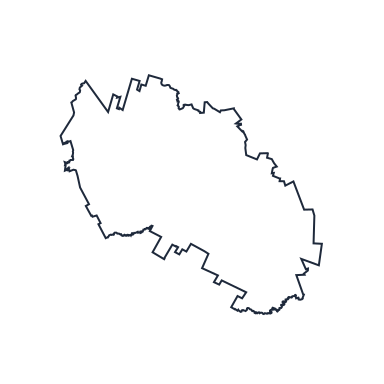 the district of General Terán, Nuevo León, Mexico, rotated 21°
{"feature_id": "50627088B34198183726850", "entity_name": "General Terán", "entity_type": "district", "adm_level": 2, "iso_a3": "MEX", "parent_name": "Mexico", "parent_adm1": "Nuevo León", "projection": "mercator", "projection_center": [-99.219, 25.27], "detail": "fine", "context": "isolated", "style": "outline", "palette": "slate", "viewbox_px": 384, "rotation_deg": 21, "n_neighbors": 0, "source": "geoboundaries", "source_scale": "gbopen_adm2", "svg_char_len": 6058}
<svg xmlns="http://www.w3.org/2000/svg" viewBox="0 0 384 384"><g transform="rotate(21 192 192)"><path d="M189.5,107.5L182.9,106.3L181.4,106.4L175.6,103.6L173.9,102.6L171.7,103.7L174.6,113.7L171.3,115.3L170.9,114.2L169.2,114.3L168.8,113.5L164.4,113.7L163.1,113.4L160.2,110.4L157.8,112.1L156.1,112.6L154.6,112.8L154.3,113.2L153.6,113.2L153.2,113.5L153.0,113.9L153.8,114.5L153.5,116.6L153.3,117.1L152.4,118.0L151.1,119.2L150.9,119.1L150.6,119.3L149.4,118.5L149.3,117.3L149.0,116.9L147.8,116.5L147.5,116.3L147.7,115.7L147.2,113.6L147.4,112.8L147.1,112.1L146.6,111.9L146.0,112.3L145.9,111.5L145.3,111.5L145.3,111.2L144.9,111.0L145.5,109.7L144.8,109.0L144.0,108.6L143.2,107.1L143.4,105.9L143.0,105.4L143.7,105.0L144.1,104.6L143.7,104.3L143.6,103.7L141.5,102.9L141.3,102.6L140.5,102.4L140.2,102.7L139.2,102.8L138.4,102.8L137.5,102.4L134.6,102.5L133.0,100.9L132.4,100.5L131.6,100.6L130.3,101.1L129.3,102.0L128.2,102.6L127.0,102.8L125.9,102.7L124.8,102.0L124.3,101.3L124.0,100.5L124.1,99.8L123.7,97.5L121.5,97.5L109.9,98.5L110.7,109.4L106.2,109.8L106.8,116.6L104.0,116.1L103.3,107.1L95.3,107.8L97.9,140.3L94.0,139.4L94.1,140.8L91.9,140.8L91.0,128.8L88.2,130.8L88.1,129.6L83.5,129.1L85.0,147.4L52.9,126.4L52.4,128.9L52.0,129.4L51.0,129.9L50.6,130.4L50.2,130.6L50.1,131.4L50.0,131.6L50.4,132.0L51.2,132.2L49.9,134.6L49.9,135.2L50.2,136.6L51.1,137.1L51.5,138.9L51.3,139.5L50.4,140.6L49.6,142.1L48.8,143.1L48.7,143.6L50.1,145.9L50.3,147.1L48.1,149.9L47.7,151.3L47.3,151.7L53.4,160.0L53.9,163.0L49.2,186.8L54.5,193.7L55.4,192.9L54.9,192.3L55.9,191.4L56.4,192.2L58.0,191.1L57.0,189.8L57.7,189.2L58.2,189.8L60.3,188.0L66.1,195.5L66.2,196.8L66.9,197.9L67.3,199.5L67.3,201.6L68.0,201.4L68.6,202.9L69.4,203.8L69.4,204.7L67.0,205.7L66.7,207.1L66.4,207.1L66.7,208.3L65.3,208.6L65.5,209.3L64.7,209.5L64.8,209.7L62.5,209.7L63.7,211.2L63.8,212.1L64.3,211.7L65.7,217.6L66.6,216.7L67.5,216.4L67.1,215.1L68.0,213.6L68.2,214.1L68.7,213.9L68.7,214.2L68.3,214.3L68.5,214.9L68.1,215.0L68.5,216.2L69.8,215.7L70.3,216.5L73.3,213.7L75.6,213.3L76.0,213.6L79.4,218.0L85.9,227.9L100.2,240.3L97.9,243.1L106.4,250.3L107.0,249.8L108.0,250.7L111.4,248.1L117.8,253.8L116.2,255.6L128.0,266.0L128.8,265.1L129.7,264.6L129.6,264.1L129.9,263.8L130.1,263.0L130.1,262.3L130.6,261.7L131.5,260.9L132.3,260.9L133.0,260.2L133.8,260.2L134.2,260.0L134.3,259.5L134.0,258.6L134.5,257.6L135.9,257.1L136.8,257.3L137.2,257.6L138.8,257.0L139.7,257.3L140.8,256.8L141.3,257.5L141.8,257.4L142.0,257.8L143.2,257.8L143.9,257.2L143.8,256.8L144.2,256.1L144.8,256.1L145.1,256.5L145.6,256.6L146.2,256.4L146.1,256.0L147.0,255.1L147.9,254.9L148.0,255.1L147.7,255.6L148.1,255.7L149.4,254.8L149.4,254.5L149.9,254.2L150.1,254.1L150.5,254.4L150.5,253.8L151.1,253.7L151.3,252.9L151.2,252.7L150.8,252.5L150.7,252.0L151.0,251.8L151.7,251.9L151.9,252.6L152.2,252.7L152.4,252.4L152.6,250.9L153.8,250.5L155.3,248.9L155.4,249.2L155.8,249.5L156.1,249.4L156.0,248.9L156.9,248.6L157.5,248.5L158.1,248.7L158.6,248.4L158.7,248.6L159.0,248.3L158.6,247.9L158.9,247.5L158.7,247.5L158.8,247.3L158.5,247.1L158.8,246.9L159.3,247.2L159.6,247.0L159.8,247.1L160.2,246.7L160.1,244.5L161.3,244.0L161.2,243.4L162.2,242.9L162.5,241.9L163.3,242.0L163.4,241.9L163.2,241.6L163.5,241.4L164.4,241.0L164.5,241.2L164.2,241.5L164.2,241.8L165.0,241.9L165.4,241.7L165.7,241.0L165.3,239.5L165.7,239.3L166.2,239.7L166.4,239.6L166.1,238.1L166.3,237.9L167.3,237.9L166.6,243.6L179.3,245.0L176.8,262.4L190.1,264.7L190.2,263.8L189.9,263.6L192.5,248.2L196.4,248.7L196.5,248.2L198.8,248.5L197.7,254.2L202.5,254.8L203.5,249.0L208.1,249.6L209.6,240.8L224.6,242.8L229.5,243.8L228.7,259.5L246.1,260.6L244.8,268.3L250.6,268.7L251.4,263.9L278.5,266.2L276.9,273.3L271.8,272.8L269.9,285.5L274.0,286.2L274.1,285.8L277.0,286.5L277.4,285.3L278.2,285.9L280.3,286.5L281.1,285.9L281.1,285.3L280.9,284.8L281.1,284.4L282.0,283.9L282.9,284.1L283.9,283.8L284.7,283.9L285.5,282.3L285.1,281.1L285.2,280.7L285.4,280.4L286.4,280.1L287.1,280.2L288.0,280.7L289.6,280.6L290.9,281.6L291.3,281.5L292.0,281.0L293.1,281.4L293.7,282.4L294.8,282.5L295.4,282.1L295.2,281.3L295.6,281.3L295.9,281.8L296.3,281.9L297.6,280.3L298.0,280.3L298.6,280.9L299.2,280.2L300.3,279.7L301.1,279.7L302.0,280.3L302.8,280.2L303.5,279.0L304.2,279.0L304.9,278.7L305.5,278.8L305.9,278.6L306.3,277.8L307.3,277.8L307.8,276.6L308.6,277.3L308.8,277.3L309.5,276.5L309.4,275.7L308.9,275.4L307.5,275.2L307.3,274.8L307.6,274.1L308.7,273.0L309.2,272.8L309.7,273.0L310.0,272.7L309.7,271.8L308.7,271.7L308.7,271.3L308.8,271.1L311.6,271.1L311.8,271.3L311.5,271.9L311.9,272.1L312.3,272.0L312.8,271.5L313.2,271.5L313.6,271.7L314.0,272.8L314.5,273.0L314.8,272.6L314.6,271.9L314.8,271.3L315.6,270.9L315.8,270.5L315.7,269.7L315.2,269.3L315.2,269.0L316.1,268.4L316.9,268.2L317.1,267.1L316.8,266.1L315.8,265.8L315.7,265.4L316.6,264.9L317.8,264.9L318.2,264.5L318.5,263.8L318.4,263.3L318.1,263.1L316.4,262.8L316.0,262.4L315.9,261.9L316.2,261.5L316.8,261.2L318.5,261.3L318.9,261.1L319.0,260.2L318.0,259.2L317.9,258.8L318.1,258.7L318.4,258.8L318.9,258.6L320.0,257.8L320.4,256.5L320.2,256.1L319.6,256.3L319.8,255.5L320.5,255.2L322.7,254.9L323.0,254.6L322.8,253.9L323.0,253.4L324.9,252.4L325.1,252.1L325.1,251.3L325.5,251.0L326.1,251.3L326.1,252.4L327.3,253.9L327.9,253.1L328.2,253.1L328.4,253.4L328.7,253.4L329.2,253.1L329.4,252.7L329.6,252.9L330.2,254.1L331.6,253.8L333.1,252.7L333.5,251.9L333.2,251.7L333.2,247.7L332.5,247.8L319.2,232.2L326.7,228.9L325.7,228.1L328.3,223.8L327.7,221.9L326.0,223.3L318.0,215.3L336.7,215.0L331.8,193.8L323.9,196.4L314.7,170.2L310.8,165.1L303.0,168.3L282.9,145.8L276.8,152.6L274.0,149.0L269.9,150.5L269.4,147.9L269.2,148.0L261.8,147.9L261.5,144.9L259.8,145.9L259.0,141.6L259.0,140.4L262.0,137.9L258.3,135.7L254.7,132.7L249.8,133.1L249.0,128.7L248.8,128.6L241.6,131.6L241.0,138.3L229.4,138.1L226.0,131.8L225.3,129.0L223.6,126.3L224.6,123.3L221.5,120.2L221.0,119.5L219.9,118.8L218.3,117.1L218.0,117.6L217.0,117.0L216.8,117.3L210.8,114.5L212.8,112.3L213.7,111.7L213.2,110.7L210.0,112.0L208.5,112.3L212.1,106.6L201.4,99.6L201.1,98.9L192.9,104.1L189.7,105.5L189.5,107.5Z" fill="none" stroke="#1e293b" stroke-width="2"/></g></svg>